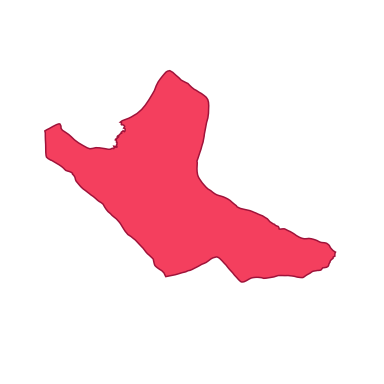 Kanhchriech, Prey Vêng, Cambodia, rotated 220°
{"feature_id": "14789045B7646940366874", "entity_name": "Kanhchriech", "entity_type": "district", "adm_level": 2, "iso_a3": "KHM", "parent_name": "Cambodia", "parent_adm1": "Prey Vêng", "projection": "natural_earth1", "projection_center": [105.547, 11.678], "detail": "fine", "context": "isolated", "style": "filled", "palette": "rose", "viewbox_px": 384, "rotation_deg": 220, "n_neighbors": 0, "source": "geoboundaries", "source_scale": "gbopen_adm2", "svg_char_len": 5140}
<svg xmlns="http://www.w3.org/2000/svg" viewBox="0 0 384 384"><g transform="rotate(220 192 192)"><path d="M344.0,144.2L342.4,143.0L340.1,140.3L337.7,137.6L334.6,134.3L331.5,130.7L329.5,128.4L327.3,126.2L325.9,125.2L323.8,125.1L321.9,125.4L320.4,125.7L319.9,126.0L315.6,126.7L313.7,127.0L311.4,127.4L308.4,127.7L305.6,127.7L304.5,127.5L302.6,127.4L300.7,128.1L299.2,128.8L297.3,129.4L295.5,129.5L295.1,128.9L293.1,128.7L291.1,128.0L289.9,127.1L289.1,126.5L287.6,125.8L285.9,125.5L283.8,125.1L281.4,124.7L279.7,124.5L277.2,124.4L274.7,124.6L271.8,124.7L269.6,124.8L268.5,124.8L267.6,124.8L264.8,125.1L261.8,125.1L259.7,125.0L258.6,125.0L257.0,125.1L254.4,125.5L252.2,125.5L250.7,124.9L249.4,124.4L246.8,123.6L243.7,123.0L240.6,123.0L238.2,122.7L235.6,122.7L232.8,122.8L231.1,122.6L227.9,122.1L226.0,121.6L223.4,120.7L220.0,119.6L217.7,118.9L216.4,118.7L213.8,118.2L210.0,118.7L207.4,118.7L204.5,118.8L202.0,118.5L198.8,118.1L195.3,117.7L193.3,117.5L191.6,117.1L191.0,117.0L189.1,116.5L186.5,116.1L184.0,116.1L182.5,116.0L180.5,115.9L179.5,115.8L178.3,115.6L177.5,114.8L176.3,113.9L174.7,112.7L173.5,112.0L172.3,111.7L169.8,111.7L167.4,111.9L164.5,112.3L161.5,112.0L159.5,111.1L157.7,110.3L153.3,115.8L151.7,117.8L150.2,120.0L147.6,124.0L145.8,126.4L145.2,127.4L144.6,128.9L143.1,130.8L142.0,133.0L141.2,135.0L140.1,137.5L139.2,139.7L138.1,142.8L136.8,145.2L135.9,147.1L135.2,149.7L134.6,152.5L133.8,154.7L132.9,156.1L131.4,158.2L129.6,158.8L127.9,158.9L124.4,158.6L121.8,158.2L118.8,157.9L116.6,157.4L114.0,156.9L111.0,156.5L108.7,156.2L106.0,155.6L104.1,155.4L102.5,155.2L100.7,154.9L98.7,154.7L96.9,154.7L95.9,155.1L94.5,156.6L93.4,158.9L92.5,161.4L92.0,162.7L91.2,164.4L89.7,166.2L87.9,168.0L86.0,169.5L84.9,170.2L83.8,171.0L81.5,172.0L79.7,173.8L76.9,177.0L74.7,179.6L72.3,183.4L69.5,185.8L66.8,187.9L65.4,189.2L64.4,190.0L63.3,190.7L62.0,191.6L60.1,192.8L58.8,193.5L56.8,194.4L55.2,195.4L53.5,196.5L52.2,197.6L51.9,198.1L51.6,199.0L51.2,200.7L50.9,201.8L50.4,203.2L49.8,204.7L49.4,205.7L49.1,207.0L48.7,208.4L48.2,209.3L47.2,210.5L46.4,211.4L45.6,212.4L44.4,213.5L43.4,214.6L43.0,215.5L43.1,216.8L43.1,217.9L41.8,219.3L40.5,220.9L40.0,222.4L40.1,223.4L40.7,224.6L41.1,226.0L41.1,226.8L41.5,227.3L41.8,228.6L41.7,230.2L41.4,231.2L41.3,231.8L42.0,232.8L41.7,233.8L41.3,234.7L41.9,235.3L42.8,236.5L43.2,237.3L43.4,238.2L44.4,238.0L45.4,237.9L46.1,237.8L47.3,237.9L48.9,238.1L50.4,238.4L51.0,238.7L51.7,239.0L52.3,239.2L53.3,239.4L54.0,239.4L54.8,239.3L55.6,239.3L56.3,239.1L57.3,238.6L58.3,238.0L59.7,237.0L60.8,236.3L62.5,235.7L64.9,235.2L66.7,234.6L68.4,233.9L70.5,232.9L72.6,231.6L74.3,229.8L76.0,228.3L77.7,227.4L79.2,226.8L80.9,226.3L82.6,226.0L84.2,225.7L86.2,225.6L87.9,225.4L89.7,225.1L91.4,224.8L93.4,224.2L95.2,223.8L97.3,223.3L98.3,222.6L99.4,221.5L100.3,220.5L101.4,219.7L101.9,220.1L102.8,220.7L103.8,221.0L104.9,220.6L106.4,220.1L107.3,220.1L107.9,220.3L108.9,219.9L109.5,219.7L110.9,219.6L113.3,219.3L117.0,219.9L119.5,219.5L122.6,219.1L124.6,218.4L127.1,217.6L129.4,217.0L131.5,216.3L133.6,215.7L135.8,214.9L138.3,213.6L140.8,212.3L144.4,210.5L144.9,210.4L145.4,210.2L146.3,210.0L147.1,209.8L147.8,209.6L149.4,210.0L151.2,209.9L152.9,209.9L155.1,209.9L157.2,210.0L159.9,209.7L162.1,209.2L164.6,208.5L166.6,207.7L169.3,206.5L171.4,205.7L173.5,205.3L176.1,205.1L178.4,205.1L181.6,204.6L184.3,204.7L187.1,205.1L190.2,205.6L192.7,206.3L195.2,207.0L197.1,207.8L198.8,208.8L201.3,211.0L203.3,213.2L206.4,217.3L206.8,217.8L208.1,218.9L209.0,221.4L210.2,224.4L211.3,227.1L212.6,230.5L214.1,233.7L215.6,237.3L216.8,239.4L218.3,242.1L219.8,244.4L221.4,247.3L223.2,250.5L225.4,254.4L227.5,259.0L229.1,261.5L229.9,262.8L232.5,266.1L234.6,268.8L237.1,271.4L239.3,272.9L242.0,273.7L244.6,273.7L248.0,273.5L250.6,273.0L254.1,272.6L256.3,272.1L259.5,272.0L262.5,272.2L264.8,272.5L267.5,271.8L269.7,271.3L272.1,270.8L272.6,270.8L273.5,270.9L275.6,271.1L279.5,271.1L283.6,271.3L287.0,270.7L288.4,268.9L289.0,267.2L289.1,265.1L289.1,261.8L289.0,258.5L288.7,254.7L287.7,250.4L286.0,245.5L285.2,241.1L284.2,234.5L283.6,228.6L283.6,225.3L283.6,222.8L284.6,216.6L285.8,213.2L286.7,210.5L287.9,207.8L289.8,204.4L291.3,201.7L291.8,199.4L290.8,199.9L290.2,199.5L289.9,198.5L289.2,198.2L288.3,198.9L287.4,199.3L286.8,199.2L286.1,199.1L285.6,198.8L285.4,197.0L284.3,197.4L283.6,197.3L282.6,195.7L282.5,194.9L284.2,194.6L284.0,193.8L284.4,193.3L284.6,192.2L283.8,191.7L284.2,191.3L284.4,189.3L284.5,188.4L284.2,187.8L285.0,187.1L284.8,186.4L284.2,187.0L283.7,186.9L283.8,185.9L284.2,185.6L283.8,184.8L284.0,184.3L284.4,183.7L284.5,183.2L284.2,182.6L283.3,183.1L282.4,182.3L281.9,181.6L281.3,181.8L280.9,181.1L280.2,180.6L280.1,179.6L279.6,178.5L278.9,178.8L278.4,178.1L279.0,177.4L279.8,177.6L280.0,176.8L280.7,177.2L281.4,176.8L280.4,176.2L279.8,175.1L280.3,174.6L281.1,174.3L281.7,173.2L282.0,172.3L283.6,170.9L286.5,169.3L291.2,166.4L294.1,164.2L296.1,161.6L298.0,159.5L300.6,158.5L305.1,157.6L310.5,156.7L315.6,156.4L319.8,156.7L323.5,156.8L327.6,156.4L331.0,156.0L333.2,156.6L334.8,158.3L336.8,159.2L337.5,158.9L338.1,158.2L339.2,156.3L340.7,152.8L342.1,149.0L343.2,146.5L344.0,144.2Z" fill="#f43f5e" stroke="#9f1239" stroke-width="1.5"/></g></svg>